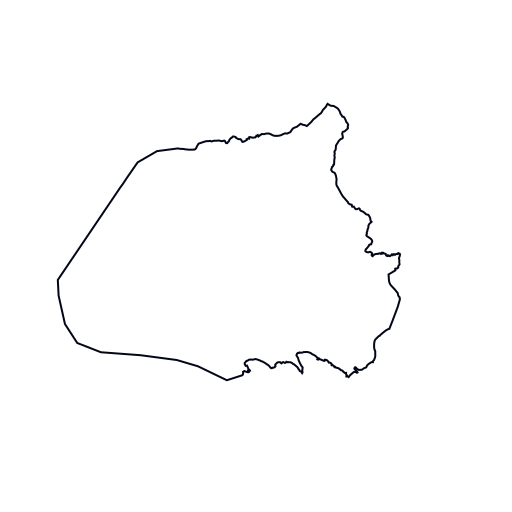 the district of Kpando Municipal, Volta, Ghana, rotated 302°
{"feature_id": "2480657B39800519073464", "entity_name": "Kpando Municipal", "entity_type": "district", "adm_level": 2, "iso_a3": "GHA", "parent_name": "Ghana", "parent_adm1": "Volta", "projection": "orthographic", "projection_center": [0.337, 7.0], "detail": "fine", "context": "isolated", "style": "outline", "palette": "ink", "viewbox_px": 512, "rotation_deg": 302, "n_neighbors": 0, "source": "geoboundaries", "source_scale": "gbopen_adm2", "svg_char_len": 6127}
<svg xmlns="http://www.w3.org/2000/svg" viewBox="0 0 512 512"><g transform="rotate(302 256 256)"><path d="M292.5,116.5L272.7,106.0L254.0,105.1L246.1,104.9L242.4,104.6L130.7,100.6L117.8,109.6L97.1,130.0L87.5,150.5L92.2,175.5L110.6,210.5L125.8,243.9L131.7,265.1L135.2,297.1L147.5,307.5L148.6,307.7L150.4,306.9L150.9,306.4L152.2,307.0L153.0,310.5L153.2,310.9L153.5,310.9L153.5,310.6L154.0,310.1L154.8,309.8L155.2,309.9L155.2,310.5L155.1,310.8L155.6,310.5L155.3,311.6L155.5,311.7L155.9,311.0L155.9,310.2L156.5,309.0L158.3,306.5L157.4,305.5L158.3,303.7L159.4,303.1L160.1,303.3L161.2,303.3L161.9,303.7L162.2,303.7L162.7,304.3L163.7,304.7L164.7,305.3L165.2,306.3L165.6,306.7L166.1,307.6L166.3,308.2L168.3,310.1L168.8,311.5L169.5,314.7L169.5,316.0L170.0,317.5L169.9,318.2L170.1,319.7L169.9,323.1L170.0,323.3L169.8,325.2L168.9,327.7L169.0,328.5L169.2,328.9L169.9,329.0L170.6,330.1L171.5,330.7L172.9,330.9L173.4,330.3L174.1,329.9L177.0,330.5L177.8,331.3L178.7,332.7L178.4,334.0L178.4,334.5L179.2,334.8L179.7,334.7L180.4,335.2L180.7,337.3L181.3,337.7L182.4,337.8L182.7,339.3L183.0,339.5L184.0,341.2L184.4,343.1L184.1,344.6L184.3,345.5L183.7,349.8L183.4,350.7L182.7,351.7L182.5,352.8L181.7,354.0L181.7,354.9L182.0,355.4L182.0,356.0L181.4,356.6L181.1,357.2L181.8,357.2L182.9,356.4L183.5,355.8L184.9,355.3L186.3,354.5L186.6,353.3L188.3,350.2L190.1,347.5L191.8,345.7L193.1,343.0L194.8,342.5L196.0,342.9L196.4,343.8L197.2,343.9L197.7,345.2L198.3,346.1L199.9,347.5L201.8,350.4L202.4,352.3L202.7,354.0L202.5,355.7L202.8,357.9L202.7,360.0L202.1,362.4L202.3,362.9L200.9,362.8L200.9,363.4L201.5,364.0L202.3,364.4L203.1,369.3L203.4,369.7L204.4,369.3L204.8,369.6L205.2,371.5L205.1,372.3L204.2,374.3L204.7,374.8L204.8,376.8L204.2,377.9L203.6,377.8L203.4,378.1L204.1,378.9L204.0,380.5L203.4,381.4L204.0,381.7L204.0,382.1L203.7,382.8L204.6,385.7L204.3,386.6L204.5,387.4L204.1,388.4L204.6,389.8L204.5,390.5L204.1,391.1L204.1,392.2L203.8,393.0L204.6,394.3L203.7,394.7L203.5,395.2L203.1,395.6L203.0,396.2L202.0,396.3L201.7,396.5L202.5,397.9L202.4,398.7L204.5,398.9L208.9,400.2L209.8,400.7L210.4,402.0L210.5,403.5L211.1,403.8L211.7,402.3L212.5,399.2L213.1,398.9L214.0,398.9L214.4,399.4L213.9,401.3L213.8,403.4L215.5,405.9L215.9,406.2L217.9,407.0L220.0,408.5L221.9,408.2L224.1,408.7L227.2,410.2L227.9,411.4L228.5,411.0L229.3,411.0L230.3,411.2L231.5,411.0L233.6,410.5L235.2,409.7L236.1,409.0L238.3,407.7L239.8,405.7L241.2,404.5L244.2,402.7L245.9,401.9L247.4,401.5L248.6,401.5L252.9,402.5L254.0,403.2L255.0,403.3L259.6,404.8L262.0,405.7L264.4,407.1L264.9,407.7L273.4,406.1L288.2,403.1L295.5,401.0L297.1,399.7L297.4,398.4L298.2,397.2L299.6,395.9L301.1,391.7L302.5,386.4L303.0,385.0L304.0,383.4L305.6,381.8L310.6,378.2L317.7,381.8L319.0,380.8L319.5,381.2L320.0,382.1L321.5,382.8L321.9,382.4L323.1,382.0L324.9,382.2L326.8,380.7L328.5,379.7L329.4,378.8L330.4,378.2L332.3,377.9L333.9,377.1L334.0,376.4L333.9,375.1L333.7,375.0L332.7,375.1L332.1,373.9L330.7,373.3L330.9,372.7L330.5,371.8L330.3,371.6L329.9,371.8L329.3,371.6L329.6,370.9L329.5,370.4L329.2,370.2L328.1,370.2L326.9,369.7L326.4,368.8L326.4,368.6L326.8,368.1L326.5,367.5L326.0,367.7L325.6,367.5L325.4,366.4L325.5,365.9L326.5,364.9L326.0,362.9L325.3,362.2L325.9,362.3L326.1,362.1L326.1,361.9L325.8,361.6L325.5,361.0L324.1,360.3L323.9,359.6L323.4,358.9L323.2,358.8L322.8,358.8L321.9,357.4L320.5,355.9L318.8,355.1L317.6,355.0L317.5,354.8L317.9,353.7L318.7,353.3L319.7,353.2L320.1,352.1L320.0,350.5L318.5,349.2L318.3,348.7L318.0,347.8L318.0,346.3L319.3,345.6L319.8,345.6L321.0,345.9L324.5,346.3L325.6,346.1L327.0,347.5L327.9,347.2L329.9,346.9L330.4,346.5L330.9,345.8L331.4,344.5L331.5,343.7L331.6,339.9L331.7,339.1L332.2,338.5L332.8,338.3L333.6,338.3L334.7,337.4L336.6,337.1L337.5,336.5L339.0,336.4L339.7,336.2L341.0,335.4L341.5,335.2L343.4,335.1L346.2,335.9L346.7,334.4L348.9,332.5L349.8,330.9L350.4,329.5L349.7,327.2L350.1,325.5L350.3,323.3L349.9,320.7L350.1,320.0L351.0,318.8L351.0,318.1L349.2,316.8L348.6,315.7L348.7,315.0L349.7,312.8L348.9,311.7L348.8,311.4L349.2,310.8L350.0,310.3L350.2,309.9L349.6,308.3L349.6,307.0L349.7,306.3L350.4,305.5L350.5,304.9L352.6,298.1L353.8,295.6L357.7,288.8L358.2,287.5L359.2,286.3L361.3,284.9L363.6,283.8L366.3,281.4L367.7,279.6L368.2,278.5L367.9,276.2L368.3,275.2L369.0,274.0L371.9,273.3L372.7,273.7L374.4,273.3L374.7,273.7L375.0,273.7L379.1,271.4L381.4,270.5L382.2,269.7L382.8,269.2L384.8,268.4L385.7,267.4L386.2,267.2L387.8,267.2L388.7,267.1L391.8,265.4L392.9,265.2L394.9,265.3L397.4,265.2L399.9,265.8L401.4,266.9L402.2,267.0L403.2,266.4L405.5,264.2L407.2,263.8L407.6,264.0L408.2,264.8L409.0,265.2L412.8,266.3L413.5,266.0L414.0,265.3L415.9,264.8L416.9,263.6L417.6,261.4L418.9,259.8L420.3,257.4L420.5,256.6L420.1,255.9L420.0,255.2L420.7,254.1L421.2,252.6L423.0,250.4L424.3,247.6L424.5,246.2L424.4,242.6L424.1,241.7L423.1,239.9L422.9,238.0L423.0,236.1L421.5,236.0L420.1,236.2L419.4,236.2L415.1,235.3L413.5,235.5L411.6,235.4L411.1,235.3L410.4,234.9L405.3,233.3L404.5,233.1L402.5,232.3L398.8,231.8L393.2,230.3L392.8,227.9L392.1,226.1L391.8,223.8L387.3,222.2L384.8,220.3L383.8,219.8L381.6,219.5L379.3,219.5L376.3,217.5L375.7,216.1L374.9,215.2L371.8,213.2L370.7,212.3L368.8,209.9L367.5,207.5L367.3,206.3L367.1,204.7L367.2,204.2L366.9,203.4L366.9,202.5L366.1,201.0L365.0,199.5L363.6,198.3L362.6,196.3L361.8,196.1L361.1,195.5L360.8,195.6L358.6,194.7L359.5,193.4L358.5,193.0L358.3,192.7L358.2,192.6L357.8,192.9L357.4,192.9L356.8,192.6L356.0,192.4L355.6,191.7L354.6,190.6L354.0,188.9L353.9,188.2L353.2,187.3L351.9,188.0L351.6,187.1L351.2,187.0L350.2,186.2L349.7,186.7L349.4,186.7L346.8,185.2L345.7,184.3L345.6,183.8L346.8,181.6L346.7,180.7L345.8,179.2L345.6,176.5L346.0,175.9L346.1,175.4L345.6,174.2L345.4,173.4L344.9,173.0L343.2,172.7L342.6,172.2L342.0,172.1L340.6,171.9L338.7,172.2L338.0,171.9L336.5,171.8L336.2,171.5L335.9,170.7L337.1,168.6L337.0,167.8L336.1,167.1L335.2,166.1L334.3,163.4L332.4,160.8L331.7,159.5L329.6,157.6L329.4,156.2L327.9,154.4L327.4,153.4L325.9,151.9L320.9,147.8L317.8,147.8L315.7,148.1L314.5,147.9L313.6,147.4L310.6,142.8L309.9,141.3L309.0,139.6L308.5,138.1L306.6,134.7L305.8,132.7L292.5,116.5Z" fill="none" stroke="#020617" stroke-width="2"/></g></svg>